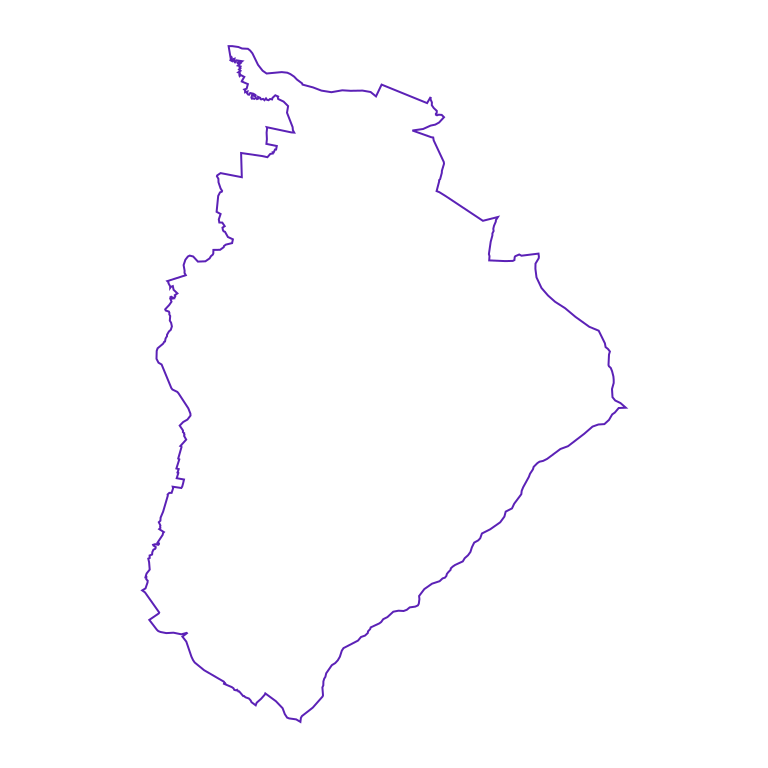 outline of Homoroade, Satu Mare, Romania
{"feature_id": "2599482B99777504625333", "entity_name": "Homoroade", "entity_type": "district", "adm_level": 2, "iso_a3": "ROU", "parent_name": "Romania", "parent_adm1": "Satu Mare", "projection": "robinson", "projection_center": [23.062, 47.634], "detail": "fine", "context": "isolated", "style": "outline", "palette": "violet", "viewbox_px": 768, "rotation_deg": 0, "n_neighbors": 0, "source": "geoboundaries", "source_scale": "gbopen_adm2", "svg_char_len": 6031}
<svg xmlns="http://www.w3.org/2000/svg" viewBox="0 0 768 768"><path d="M387.4,617.1L393.3,611.7L398.5,610.7L403.6,611.0L406.8,609.8L409.7,607.4L415.3,606.6L417.9,605.4L418.8,603.7L419.4,599.1L419.1,596.0L424.3,589.1L432.0,583.7L439.6,581.2L442.6,578.4L444.9,577.7L446.4,575.9L446.8,574.1L448.0,572.5L450.6,569.8L450.8,568.4L452.7,566.6L455.2,564.9L462.8,561.4L464.7,558.2L468.0,555.3L470.4,552.0L471.9,547.3L474.2,542.6L478.2,540.4L480.2,538.3L481.9,533.5L490.2,529.3L500.2,522.3L504.4,516.6L505.7,511.6L512.0,508.4L514.2,503.7L521.3,494.2L521.7,490.8L523.2,487.2L528.9,476.8L530.0,473.8L532.9,469.4L533.7,466.8L537.4,463.1L539.5,461.7L543.1,460.9L547.1,458.9L560.4,449.0L568.0,446.2L584.2,433.8L592.5,426.6L598.4,424.5L604.4,424.1L609.0,419.9L612.2,414.4L614.8,412.6L618.7,408.0L625.8,407.7L620.4,403.0L615.2,400.5L612.5,397.2L612.0,389.0L613.7,383.0L613.7,379.9L613.4,376.5L612.1,371.3L610.8,368.0L608.9,366.2L608.5,365.0L609.0,354.5L609.9,351.5L608.0,349.0L605.6,347.1L604.9,343.3L598.7,330.7L589.3,326.8L575.5,316.9L565.1,308.2L555.1,301.8L548.0,295.5L541.5,288.0L536.5,277.4L535.4,268.8L535.5,263.6L538.7,258.3L538.9,256.7L538.5,253.6L521.5,255.7L519.2,254.5L515.3,256.2L514.7,257.1L514.4,260.1L512.8,260.9L505.4,261.1L489.2,260.4L489.5,256.1L488.9,254.1L490.7,241.7L492.4,235.4L492.4,233.4L493.6,231.0L493.3,228.8L494.0,225.8L495.8,221.6L495.9,220.1L497.9,217.0L482.9,220.8L445.2,195.8L439.4,192.2L436.6,191.1L439.2,181.2L439.1,180.2L440.1,179.2L441.8,172.9L441.9,170.8L444.0,163.8L443.8,162.0L433.7,140.4L433.2,137.5L431.2,137.2L412.4,130.5L423.1,129.0L430.6,125.6L435.3,124.6L439.1,122.5L444.0,117.2L441.7,114.9L438.7,114.7L437.0,115.3L435.9,114.7L435.9,113.7L436.7,113.0L436.8,110.9L433.8,108.1L431.8,105.2L431.9,102.4L430.5,99.2L430.7,97.9L430.2,97.7L427.1,103.1L381.6,84.6L376.0,96.4L370.6,92.0L362.6,90.6L350.5,90.8L342.3,90.3L331.4,92.2L321.4,90.6L313.0,87.4L302.5,84.6L302.1,83.4L297.0,79.6L294.1,76.6L290.4,74.1L287.3,72.7L281.7,72.1L266.6,73.5L262.6,70.7L258.0,64.8L252.4,53.3L250.1,50.5L247.9,48.8L242.0,48.5L238.4,47.0L232.0,46.1L228.6,46.1L230.6,58.0L231.3,56.9L231.7,57.3L230.4,60.2L232.1,61.1L232.5,59.3L234.5,58.7L233.9,61.1L235.0,62.3L236.4,60.3L242.2,61.2L241.1,62.1L237.5,62.7L237.7,63.2L240.1,63.6L237.9,65.6L241.5,66.7L240.4,66.7L239.6,67.8L240.3,68.5L239.0,69.5L240.5,70.8L238.2,72.4L239.9,73.2L239.3,74.8L239.7,76.1L240.9,75.1L244.3,76.9L242.0,80.7L242.4,81.2L242.0,81.6L247.9,84.1L246.6,88.7L244.3,89.5L245.1,90.3L245.1,92.3L247.5,91.5L247.1,93.3L248.2,94.6L249.2,94.7L250.2,93.0L253.3,93.7L255.5,95.0L255.7,95.7L255.0,96.1L252.0,95.4L251.4,97.7L252.0,98.7L253.0,98.3L254.2,98.9L255.9,97.8L257.0,99.1L258.2,98.6L258.1,96.9L260.2,97.8L260.5,98.9L261.1,99.4L263.1,98.9L264.5,100.2L266.0,98.4L267.0,99.8L268.5,100.2L270.0,99.0L272.1,99.4L272.5,97.9L275.3,95.3L278.0,96.5L277.7,96.9L278.2,99.0L283.6,101.6L288.1,106.1L287.0,112.7L292.6,127.1L292.9,130.2L294.2,132.6L291.3,132.4L266.7,127.2L267.1,128.1L266.6,132.6L266.9,139.2L266.4,143.9L276.8,146.0L276.1,149.5L275.0,149.5L273.7,152.4L272.7,152.3L272.8,153.5L270.3,153.9L267.4,157.2L261.9,156.0L241.1,153.0L241.8,177.2L220.6,173.1L217.2,175.4L216.9,176.2L218.4,178.8L218.5,182.3L220.6,188.5L222.1,190.9L221.8,191.7L220.0,192.4L218.2,195.9L216.6,211.8L220.6,214.0L218.8,219.4L219.3,222.5L222.3,222.6L224.7,226.2L222.5,227.6L222.9,230.0L223.6,231.3L225.0,231.8L227.9,237.0L232.9,239.3L232.1,243.1L225.9,244.6L224.0,246.0L223.7,247.2L220.1,249.8L213.4,249.9L213.3,253.5L212.8,254.6L210.9,256.2L209.6,258.4L205.4,261.3L197.9,261.6L193.2,256.5L189.7,255.6L187.9,256.5L185.4,259.7L183.6,265.1L184.6,270.7L184.5,272.9L185.8,275.2L167.3,281.1L168.4,282.2L168.5,283.3L170.2,286.4L170.2,287.8L170.8,286.9L172.8,286.1L173.6,289.8L177.4,293.4L174.8,295.2L175.3,296.2L174.7,297.5L173.0,297.8L171.2,296.7L170.4,297.2L170.5,297.8L172.3,298.6L170.4,298.9L171.5,301.7L169.2,305.0L165.2,309.3L165.7,310.5L168.9,311.6L169.4,312.9L169.3,314.4L170.2,316.0L169.8,320.6L171.1,322.8L171.9,326.4L170.8,329.8L168.9,331.5L167.0,334.8L167.0,336.2L165.6,338.4L165.0,341.5L164.2,341.8L163.2,343.6L157.6,348.3L156.7,350.9L156.5,358.8L158.5,362.7L161.6,364.5L171.3,388.0L172.4,389.5L177.3,391.9L178.5,393.3L188.3,408.3L190.4,413.6L190.5,415.6L187.4,419.6L183.2,422.0L179.7,425.6L183.0,430.5L182.9,432.1L184.2,433.2L184.0,433.9L184.5,434.8L184.1,435.9L186.2,439.6L180.4,446.0L181.4,446.4L181.5,447.1L178.2,458.6L179.3,459.3L176.4,468.5L178.7,469.1L177.5,472.5L178.3,472.7L178.3,473.2L176.7,478.2L184.0,479.5L183.1,483.4L182.2,486.6L181.3,488.0L172.7,486.7L173.1,488.3L171.6,492.9L169.3,492.9L167.6,494.5L167.8,495.7L163.1,511.7L160.6,517.6L160.4,520.7L158.8,522.2L160.4,525.5L160.1,526.4L160.4,527.9L159.2,529.1L163.9,532.1L163.0,533.1L162.7,534.8L157.5,542.7L159.0,543.4L158.9,544.2L158.3,544.8L155.1,544.2L153.1,544.8L153.4,545.5L155.7,547.0L155.6,548.1L155.2,548.8L153.4,549.7L152.3,552.2L152.1,554.5L149.6,555.5L149.7,558.0L148.3,558.6L149.1,562.3L149.7,569.6L146.6,573.5L145.9,575.6L146.2,576.3L145.7,576.4L145.4,577.5L146.3,577.8L146.3,579.3L147.7,580.7L147.5,582.6L145.5,588.4L142.2,590.4L145.0,592.4L159.2,612.5L158.8,613.4L149.3,619.9L156.9,629.8L158.3,631.1L160.6,632.0L166.3,633.1L173.5,632.7L181.3,634.3L186.6,632.9L186.9,633.2L182.4,636.6L186.3,641.6L191.4,656.6L193.1,660.2L194.7,662.5L204.1,670.2L223.9,681.7L224.5,682.8L223.6,684.0L225.9,682.8L224.5,684.0L231.8,687.1L233.5,688.3L234.3,689.9L236.0,690.3L236.9,689.9L237.0,690.4L237.6,690.4L238.4,691.5L239.2,691.4L243.2,696.1L244.0,696.0L245.5,697.3L248.9,698.5L250.7,700.5L251.5,702.2L255.7,705.3L256.7,702.7L261.1,698.8L264.8,694.6L265.3,693.4L275.9,701.2L282.6,708.2L284.8,714.1L287.1,717.6L289.1,718.4L296.2,719.4L300.4,721.9L300.9,717.9L301.9,716.1L312.8,707.6L322.6,696.5L323.0,695.3L322.4,687.4L323.3,685.4L323.4,681.4L324.2,678.7L325.4,676.8L326.2,673.3L331.8,665.2L335.2,663.1L337.8,660.3L339.9,656.7L341.8,650.7L343.5,648.1L358.0,640.6L361.0,637.0L365.0,635.6L367.8,633.0L368.0,631.4L370.2,629.0L370.7,627.4L379.3,623.4L381.2,622.0L383.2,619.2L387.4,617.1Z" fill="none" stroke="#5b21b6" stroke-width="2"/></svg>